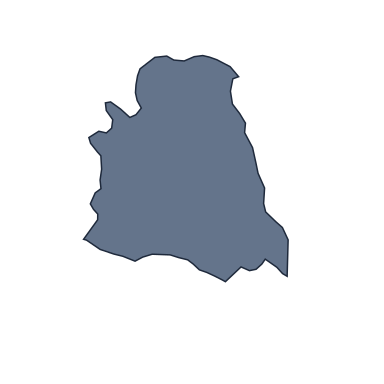 outline of Sancheong-gun, South Gyeongsang, South Korea, rotated 138°
{"feature_id": "91817680B92610564128426", "entity_name": "Sancheong-gun", "entity_type": "district", "adm_level": 2, "iso_a3": "KOR", "parent_name": "South Korea", "parent_adm1": "South Gyeongsang", "projection": "equal_earth", "projection_center": [127.892, 35.389], "detail": "fine", "context": "isolated", "style": "filled", "palette": "slate", "viewbox_px": 384, "rotation_deg": 138, "n_neighbors": 0, "source": "geoboundaries", "source_scale": "gbopen_adm2", "svg_char_len": 1115}
<svg xmlns="http://www.w3.org/2000/svg" viewBox="0 0 384 384"><g transform="rotate(138 192 192)"><path d="M227.2,103.0L205.7,103.5L201.9,95.1L196.1,91.7L188.3,91.7L182.5,93.1L179.3,79.2L179.3,70.8L177.7,65.7L152.6,92.1L148.6,105.1L149.6,113.8L150.6,127.9L146.5,135.5L135.4,146.4L130.4,161.7L125.3,170.4L117.3,184.5L113.2,200.9L106.2,207.4L104.1,218.3L103.1,230.3L96.0,241.2L85.9,248.8L80.2,246.5L79.8,259.6L85.0,273.6L88.8,280.6L92.7,286.2L99.8,291.1L110.1,294.6L117.2,302.2L119.8,309.9L129.5,316.9L138.6,317.6L148.2,318.3L154.7,314.8L161.8,309.2L167.6,303.6L171.5,296.7L173.5,288.3L181.9,286.9L188.3,289.0L189.6,301.5L192.2,313.4L196.7,316.2L201.2,309.9L202.5,298.8L209.0,293.2L216.1,293.2L220.6,299.5L232.2,301.5L234.8,296.0L235.5,284.8L235.5,279.9L243.9,269.4L252.3,262.4L257.4,255.4L264.5,256.1L275.5,251.2L276.8,245.0L276.8,238.7L280.7,234.5L304.2,229.4L302.6,226.8L298.7,210.8L291.6,198.2L286.4,190.5L280.6,178.7L272.2,176.6L263.2,172.4L250.3,159.9L245.8,152.2L240.6,144.5L239.3,137.6L238.6,129.2L234.8,122.3L231.5,114.6L228.3,106.3L227.2,103.0Z" fill="#64748b" stroke="#1e293b" stroke-width="1.5"/></g></svg>